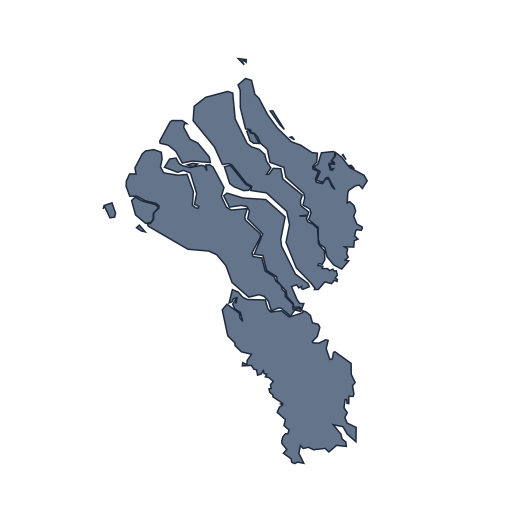 outline of Labutta, Ayeyarwady, Myanmar, rotated 111°
{"feature_id": "60261553B3473904040713", "entity_name": "Labutta", "entity_type": "district", "adm_level": 2, "iso_a3": "MMR", "parent_name": "Myanmar", "parent_adm1": "Ayeyarwady", "projection": "albers", "projection_center": [95.041, 16.149], "detail": "fine", "context": "isolated", "style": "filled", "palette": "slate", "viewbox_px": 512, "rotation_deg": 111, "n_neighbors": 0, "source": "geoboundaries", "source_scale": "gbopen_adm2", "svg_char_len": 6177}
<svg xmlns="http://www.w3.org/2000/svg" viewBox="0 0 512 512"><g transform="rotate(111 256 256)"><path d="M347.2,243.4L350.7,235.2L349.3,225.0L356.8,226.8L360.6,225.6L360.3,230.1L363.5,229.4L359.8,221.1L362.5,217.4L362.1,214.6L366.7,211.8L364.1,208.7L360.3,208.1L362.9,206.3L362.5,203.6L365.4,204.0L365.0,199.9L367.0,194.9L370.9,196.4L374.3,194.4L375.4,196.3L378.2,194.4L379.7,190.3L381.4,189.8L383.9,178.6L385.3,180.0L385.5,177.8L388.6,179.9L394.4,180.2L398.1,170.0L404.3,169.1L406.5,162.9L410.4,162.5L411.4,164.8L415.2,166.1L419.3,165.7L421.7,164.7L425.6,157.9L430.3,159.7L432.7,150.7L435.8,148.7L435.9,145.4L433.5,143.3L432.4,137.1L424.8,145.3L417.1,146.6L418.8,142.9L415.8,138.6L416.3,133.0L410.8,122.4L412.9,117.8L403.9,112.9L401.4,103.4L397.4,105.5L396.0,110.1L392.0,112.7L385.8,123.4L384.2,113.6L389.6,107.0L393.6,96.1L380.1,101.1L379.3,111.2L374.8,115.2L369.6,114.6L366.2,119.4L358.2,121.4L357.5,119.8L360.9,118.3L360.6,116.5L353.6,119.0L352.3,115.0L349.8,115.1L342.5,119.4L338.6,118.1L332.3,124.7L322.2,128.7L317.1,148.0L318.3,149.1L324.8,147.9L326.1,150.0L317.3,157.3L308.9,158.4L309.3,161.0L314.8,166.0L316.6,171.5L315.7,172.8L309.1,169.9L299.8,170.8L297.5,173.3L298.1,179.4L292.0,183.9L290.3,188.9L290.3,192.4L292.3,192.2L301.1,203.0L297.9,212.5L303.1,222.2L300.8,226.3L293.7,231.6L299.7,248.4L299.4,253.2L296.0,259.8L295.8,266.0L309.5,264.3L307.4,262.1L303.7,261.6L301.9,258.7L307.6,257.7L303.1,259.4L309.4,260.5L313.0,256.9L314.3,250.3L321.8,245.0L319.7,248.7L315.5,250.9L311.4,265.8L318.4,268.2L340.7,253.7L344.7,244.5L347.2,243.4ZM289.3,268.9L297.0,248.0L291.0,239.2L290.8,233.6L294.0,228.0L301.8,222.0L296.2,216.0L295.8,213.4L299.7,202.3L292.5,200.4L291.7,194.4L289.9,194.0L289.5,196.7L292.3,202.5L287.7,204.4L283.4,214.2L279.3,215.8L278.0,219.5L274.6,221.9L272.3,228.6L268.7,231.5L266.8,242.0L255.7,249.9L257.6,258.5L254.6,260.9L237.3,258.7L233.9,259.7L226.4,278.5L223.7,280.5L214.9,281.2L222.0,295.6L221.1,301.1L212.8,309.7L203.6,310.4L188.4,327.9L187.4,331.8L188.9,335.3L194.1,332.4L190.5,336.1L190.9,339.5L197.2,349.3L198.1,357.4L197.0,361.3L193.2,365.7L196.4,371.4L206.0,373.3L206.0,359.3L202.0,354.3L202.1,346.9L218.9,333.8L229.8,331.9L230.3,327.1L232.1,327.1L232.7,329.5L231.4,333.6L218.6,337.4L204.5,349.6L208.5,357.6L211.5,372.0L207.0,377.1L198.8,378.5L193.1,381.6L193.3,389.6L197.6,396.8L201.3,398.7L217.2,400.6L222.4,397.4L224.7,403.4L232.6,403.9L237.5,402.2L245.4,395.3L242.9,388.7L244.1,379.1L242.7,368.0L243.9,364.6L246.0,363.8L252.5,366.8L258.6,364.6L263.4,366.1L264.7,369.1L266.8,367.2L274.1,322.0L268.3,301.9L268.9,293.1L275.7,280.7L289.3,268.9ZM231.1,189.6L236.5,180.3L237.5,171.3L227.3,167.7L227.9,171.4L224.0,169.5L221.4,172.2L216.6,172.9L215.7,176.6L212.6,167.9L206.5,169.8L203.7,166.8L201.8,171.1L196.8,172.0L195.2,171.1L194.3,166.9L192.2,166.7L190.8,167.4L190.1,173.2L184.0,179.0L178.3,179.1L173.7,182.7L171.7,188.1L173.8,189.8L164.7,192.8L161.8,193.1L154.7,188.2L152.8,184.9L154.9,180.9L146.0,179.1L141.9,184.1L139.9,200.1L133.1,211.4L130.9,218.7L134.4,217.8L139.7,219.5L140.6,216.4L142.2,215.7L143.9,220.6L146.3,218.2L148.3,217.5L146.7,214.9L148.8,215.6L148.8,217.7L144.1,221.0L143.2,220.9L141.8,216.4L140.3,219.8L135.2,218.4L131.2,219.4L130.7,221.2L136.2,231.9L147.8,231.1L152.6,233.9L154.2,226.3L163.7,226.9L163.2,219.9L157.7,218.5L156.8,216.5L165.7,206.2L164.1,210.0L158.1,215.7L159.4,218.8L164.6,219.8L165.6,226.1L162.6,228.2L154.8,227.9L154.3,234.2L152.0,235.1L146.6,233.0L138.0,235.5L139.4,240.8L136.5,254.0L136.7,263.8L128.8,282.1L120.0,295.7L107.6,309.9L105.6,314.9L93.6,323.1L94.0,329.4L102.7,334.1L107.0,330.1L123.1,323.8L141.1,311.3L140.0,306.4L142.4,304.9L142.1,301.5L144.2,297.2L149.0,292.5L152.3,283.7L163.5,276.5L163.3,261.7L171.8,256.3L180.3,233.9L184.3,231.3L191.6,230.4L192.8,222.5L196.2,220.1L203.2,219.9L207.0,208.2L218.2,203.8L222.2,200.5L223.6,194.6L231.1,189.6ZM266.4,189.4L264.9,185.8L255.5,182.4L254.8,175.7L250.4,173.9L250.8,171.3L248.8,171.5L248.1,174.2L244.8,173.2L241.0,175.8L242.1,177.4L240.7,179.5L243.3,182.2L242.1,184.5L244.0,189.7L241.7,189.9L242.7,194.7L240.5,194.6L240.1,191.2L234.8,190.4L226.8,193.9L222.4,202.0L208.3,208.4L205.8,214.4L205.8,219.2L203.8,221.9L200.5,222.5L203.1,229.9L199.3,222.3L196.1,222.5L193.0,232.1L188.5,234.3L182.6,234.5L174.5,258.6L165.6,264.1L168.0,271.4L175.1,273.2L176.0,275.5L168.4,273.7L163.5,280.4L158.0,284.3L155.3,291.3L155.8,299.1L154.1,304.6L135.5,324.6L112.2,336.1L112.5,341.4L125.9,359.9L138.4,367.4L152.2,363.2L169.1,333.8L182.7,320.1L179.6,314.8L179.6,311.3L191.6,290.9L192.5,284.9L196.7,284.3L193.3,268.9L203.3,243.3L214.8,235.9L232.5,232.9L252.6,214.1L261.4,195.2L265.1,189.3L266.4,189.4ZM288.8,194.3L283.3,194.3L284.6,198.0L282.3,201.8L271.8,211.9L268.3,207.7L270.4,204.6L268.1,202.5L270.2,201.8L270.2,200.2L265.6,195.2L263.0,197.7L258.8,212.7L237.7,235.6L231.5,238.9L209.0,242.8L199.8,267.1L206.5,288.9L207.7,305.7L211.4,307.7L219.9,298.3L214.1,288.0L213.1,282.5L216.0,278.4L224.2,277.1L232.9,257.6L255.1,258.3L253.0,249.7L265.5,241.0L268.0,229.3L271.8,227.1L278.0,215.2L282.8,212.6L287.1,204.1L290.3,202.5L288.1,197.1L288.8,194.3ZM187.0,368.4L195.6,358.1L190.1,349.3L185.1,332.1L180.3,335.1L171.4,350.8L170.6,359.4L161.8,369.6L158.2,370.2L157.3,368.0L156.0,373.5L159.7,383.0L161.6,384.2L183.4,387.1L185.1,385.9L184.0,377.7L187.0,368.4ZM252.9,367.1L245.8,364.3L244.1,368.2L245.4,382.3L244.3,389.8L248.8,392.0L260.8,383.2L265.1,370.7L262.4,366.3L258.7,365.2L252.9,367.1ZM184.0,317.5L197.7,306.5L199.2,301.4L199.4,290.9L197.3,286.4L193.5,285.0L192.8,291.2L180.5,312.5L184.0,317.5ZM263.9,415.3L272.7,406.0L270.4,401.9L266.3,402.5L258.0,409.5L263.3,415.9L266.8,415.6L263.9,415.3ZM142.9,309.3L150.5,302.9L151.6,298.7L149.8,293.3L142.6,301.5L143.2,305.4L140.9,307.5L142.9,309.3ZM115.6,294.7L125.0,280.7L127.7,274.9L114.5,292.4L115.6,294.7ZM272.4,377.7L273.7,372.4L273.2,368.1L269.0,376.0L272.4,377.7ZM195.7,352.9L195.5,346.8L191.1,343.4L192.1,348.2L195.7,352.9ZM78.7,334.7L76.1,335.5L78.1,343.3L81.7,335.6L79.1,338.8L77.8,337.2L78.7,334.7ZM138.0,201.2L139.2,198.7L139.5,195.4L137.2,199.5L138.0,201.2ZM133.7,261.7L131.8,265.3L132.9,266.7L133.7,261.7ZM130.7,211.5L133.8,206.5L130.1,211.2L130.7,211.5Z" fill="#64748b" stroke="#1e293b" stroke-width="1.5"/></g></svg>